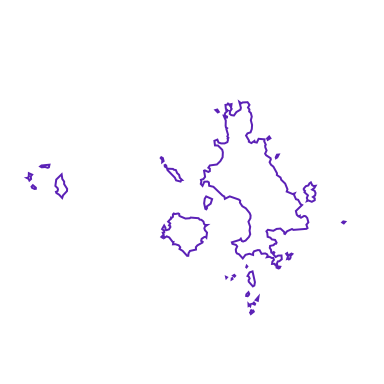 the district of Ukerewe, Mwanza, United Republic of Tanzania, rotated 222°
{"feature_id": "72390352B65036310172855", "entity_name": "Ukerewe", "entity_type": "district", "adm_level": 2, "iso_a3": "TZA", "parent_name": "United Republic of Tanzania", "parent_adm1": "Mwanza", "projection": "mercator", "projection_center": [33.011, -1.921], "detail": "fine", "context": "isolated", "style": "outline", "palette": "violet", "viewbox_px": 384, "rotation_deg": 222, "n_neighbors": 0, "source": "geoboundaries", "source_scale": "gbopen_adm2", "svg_char_len": 6037}
<svg xmlns="http://www.w3.org/2000/svg" viewBox="0 0 384 384"><g transform="rotate(222 192 192)"><path d="M115.4,177.2L109.8,176.6L110.2,181.1L108.0,184.5L104.5,186.1L105.9,187.7L106.2,189.5L104.2,192.9L102.8,194.0L99.0,192.6L96.4,195.4L94.4,195.9L93.0,195.3L92.7,193.7L91.1,195.7L88.5,196.4L87.5,197.4L85.7,196.4L85.7,194.1L84.4,192.1L82.6,193.9L80.7,193.3L79.6,193.9L78.6,192.4L76.6,193.0L76.0,194.0L76.4,195.5L78.7,193.9L81.0,195.6L81.8,197.8L80.8,199.0L80.3,202.1L83.0,204.7L85.4,202.4L86.3,199.7L89.9,200.1L90.3,202.1L91.1,202.1L91.7,200.3L92.6,200.1L94.6,201.9L96.8,202.5L97.9,204.2L95.8,207.1L95.9,208.8L94.9,209.9L95.3,211.0L98.2,212.0L100.9,210.2L103.2,210.5L105.8,209.3L108.6,211.9L110.4,212.6L110.3,214.7L105.6,217.6L104.4,221.2L101.8,224.0L96.7,224.0L95.5,222.8L94.8,223.0L95.1,226.4L92.9,231.4L91.3,231.7L82.3,241.2L82.0,242.5L85.1,244.2L85.2,247.3L89.0,249.8L91.4,250.0L92.7,249.2L93.8,245.8L95.5,245.6L96.0,246.4L96.6,245.1L98.9,245.2L102.1,247.4L101.5,256.0L103.2,255.6L107.9,257.2L109.9,256.2L114.4,258.2L114.8,259.7L115.7,257.9L121.9,255.7L122.9,257.9L128.4,260.6L133.9,260.8L135.9,262.0L140.3,261.4L141.4,262.8L148.5,265.3L151.6,265.1L154.3,266.1L155.2,268.9L156.2,269.7L161.5,268.9L163.3,269.4L164.4,272.8L167.2,274.1L168.6,275.3L168.8,276.5L172.2,278.0L173.3,279.7L178.1,276.1L176.9,272.1L178.8,271.0L179.8,271.7L180.6,268.1L183.4,267.4L184.2,268.4L189.6,270.1L190.0,272.7L188.4,275.5L189.7,278.8L192.2,282.0L196.3,284.7L198.0,288.0L201.2,290.1L203.4,290.1L204.6,291.8L206.9,292.2L207.6,295.2L210.8,295.9L214.3,292.4L214.8,290.8L217.1,290.6L212.0,287.3L211.1,285.6L212.5,281.1L212.0,276.9L214.3,275.4L216.2,275.3L217.7,277.4L218.1,280.3L219.3,280.6L220.5,282.4L220.8,281.4L221.7,281.6L221.9,283.2L223.1,281.6L223.9,281.5L224.7,282.6L224.2,280.7L225.4,279.1L222.4,276.4L221.2,276.5L221.0,275.8L219.8,276.4L220.2,273.3L219.6,271.4L218.1,270.9L216.4,271.5L215.4,270.1L217.0,270.9L219.2,269.8L214.7,267.7L211.3,263.7L210.0,262.7L208.6,262.9L208.6,261.8L203.5,258.6L202.9,256.9L201.2,256.6L201.3,255.5L200.1,254.8L199.1,252.7L200.3,249.9L202.9,247.6L205.4,246.5L208.2,247.9L209.6,245.0L206.1,242.0L203.8,243.9L197.8,243.6L195.7,242.2L192.5,238.3L191.6,233.9L191.9,229.1L196.5,223.7L196.1,221.0L194.4,221.3L192.7,219.4L193.3,217.8L196.9,216.7L197.3,215.9L192.4,212.0L192.2,209.2L193.5,207.0L192.0,206.0L190.9,203.9L188.3,203.6L189.7,207.9L187.4,210.2L185.9,210.4L183.4,208.1L179.6,210.2L166.9,209.8L165.0,210.3L163.0,208.9L161.0,214.0L152.2,217.7L150.4,217.8L149.3,216.2L145.1,215.1L141.1,215.9L135.0,214.9L132.8,213.8L131.0,211.5L130.2,207.7L125.5,205.1L123.4,201.8L120.5,199.6L119.6,196.8L119.7,191.7L120.9,189.4L122.1,188.9L124.5,190.0L124.5,188.3L128.7,181.3L127.3,180.5L123.9,182.1L122.0,181.8L121.0,178.6L119.1,176.9L117.5,176.4L115.4,177.2ZM184.7,138.1L183.2,138.3L182.7,139.9L181.9,139.2L181.1,142.1L178.5,143.0L172.7,141.9L172.3,142.4L171.1,140.4L169.5,142.0L166.2,143.5L163.8,143.1L163.2,141.3L159.6,142.0L152.9,141.3L152.1,142.1L153.6,144.2L154.1,146.8L150.5,151.9L152.2,153.6L152.3,155.9L150.4,161.4L150.7,162.1L152.5,161.8L153.5,163.7L152.7,166.8L151.9,167.8L150.8,167.7L153.7,171.9L156.9,172.3L158.6,173.3L159.2,175.1L158.6,177.7L160.1,176.3L161.8,176.4L163.7,177.7L166.4,177.6L167.9,176.6L169.6,176.9L175.9,172.1L176.1,171.0L179.1,167.9L184.6,166.0L185.6,165.9L186.8,167.1L187.8,166.9L190.1,164.0L191.1,163.9L191.2,162.6L189.6,160.8L189.8,159.1L190.4,158.9L190.0,158.3L190.7,158.2L189.9,158.0L189.9,154.0L187.2,154.1L186.7,151.8L185.4,152.1L184.6,151.5L184.1,148.8L185.5,146.5L186.3,146.2L187.9,147.7L190.3,148.5L189.4,144.4L186.7,144.6L185.6,143.4L186.5,142.2L184.5,141.3L184.7,138.1ZM293.2,101.1L292.1,100.5L289.0,101.1L284.5,100.7L285.6,103.2L285.5,109.0L286.9,110.8L292.3,112.3L294.0,114.2L297.1,114.9L300.7,117.9L301.2,110.4L297.6,105.1L294.3,104.9L293.2,104.1L292.5,102.5L293.2,101.1ZM102.7,264.4L100.9,263.4L100.5,262.2L99.8,263.6L96.4,264.9L95.3,268.0L96.5,269.4L98.8,269.2L98.2,271.8L99.5,273.9L101.7,274.9L104.3,274.2L103.8,277.0L104.3,279.3L105.6,277.8L107.3,277.5L110.1,278.7L110.5,277.0L109.9,274.7L111.3,272.5L111.2,269.3L110.5,268.5L108.7,268.4L108.3,267.1L103.6,267.1L102.7,264.4ZM211.6,190.0L207.5,192.1L207.9,193.6L207.3,194.3L210.5,194.4L213.1,196.1L215.7,196.1L218.7,197.5L220.4,196.4L221.6,196.4L226.1,192.7L224.9,191.9L214.3,191.2L211.6,190.0ZM89.8,163.3L83.6,162.6L83.1,164.2L84.9,167.1L93.9,173.5L95.4,170.8L94.5,166.7L93.2,167.1L91.3,166.3L90.9,164.3L89.8,163.3ZM178.5,198.2L178.0,195.5L175.4,191.7L170.8,188.4L169.8,188.7L170.1,190.2L171.4,190.9L170.3,195.8L172.3,200.2L178.5,198.2ZM316.2,116.9L321.6,111.0L321.9,109.4L320.2,109.8L317.9,112.3L315.4,113.5L314.9,114.6L316.2,116.9ZM324.2,91.9L322.1,92.4L320.5,91.7L320.3,94.0L322.3,95.7L322.4,97.9L325.8,96.8L323.7,94.3L323.5,92.8L324.2,91.9ZM78.0,209.2L76.5,205.9L75.8,207.1L75.0,206.7L74.5,207.4L74.8,209.1L76.0,210.3L75.9,213.1L76.9,212.8L78.0,209.2ZM314.8,90.6L314.8,88.6L313.6,88.1L311.0,88.9L310.2,89.9L310.9,90.7L314.8,90.6ZM66.6,140.7L66.0,144.4L67.2,144.9L68.3,143.7L69.6,143.9L68.3,142.9L68.2,141.3L66.6,140.7ZM83.0,155.3L83.1,152.3L82.2,151.0L80.9,151.8L80.8,153.1L81.3,154.6L83.0,155.3ZM235.6,196.0L234.1,194.2L233.8,196.0L236.4,197.7L238.1,197.3L238.0,196.3L235.6,196.0ZM153.0,273.8L152.2,273.3L151.8,274.8L152.6,277.9L153.8,276.6L153.0,273.8ZM171.8,284.9L172.0,282.0L170.6,281.4L169.7,284.4L171.8,284.9ZM72.5,158.6L72.4,154.4L70.3,155.2L72.5,158.6ZM75.1,146.6L73.7,145.2L73.4,146.2L72.3,146.1L73.3,147.9L74.2,146.5L75.1,146.6ZM229.4,268.6L226.1,268.4L225.7,269.5L228.4,270.2L229.4,268.6ZM230.1,194.3L230.3,193.6L229.2,192.7L227.1,193.1L228.9,194.4L230.1,194.3ZM60.0,269.9L58.2,270.2L58.2,272.4L59.9,271.4L60.0,269.9ZM72.1,149.5L70.0,150.3L70.2,151.1L72.0,151.3L72.1,149.5ZM105.1,158.7L105.5,157.3L103.8,157.5L103.8,158.6L105.1,158.7ZM79.5,208.8L79.2,209.6L80.4,210.3L80.7,209.1L79.5,208.8ZM102.0,173.8L101.4,172.4L101.0,172.4L101.1,173.7L102.0,173.8ZM104.4,154.9L104.7,154.4L104.0,153.5L103.7,154.5L104.4,154.9ZM108.9,152.0L109.9,151.7L108.9,151.0L108.9,152.0Z" fill="none" stroke="#5b21b6" stroke-width="2"/></g></svg>